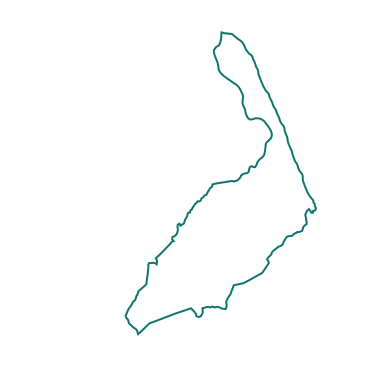 outline of Maraú, Bahia, Brazil, rotated 326°
{"feature_id": "56859067B48056481531186", "entity_name": "Maraú", "entity_type": "district", "adm_level": 2, "iso_a3": "BRA", "parent_name": "Brazil", "parent_adm1": "Bahia", "projection": "robinson", "projection_center": [-39.108, -14.083], "detail": "fine", "context": "isolated", "style": "outline", "palette": "teal", "viewbox_px": 384, "rotation_deg": 326, "n_neighbors": 0, "source": "geoboundaries", "source_scale": "gbopen_adm2", "svg_char_len": 4306}
<svg xmlns="http://www.w3.org/2000/svg" viewBox="0 0 384 384"><g transform="rotate(326 192 192)"><path d="M115.0,227.8L114.4,229.2L108.9,235.8L106.3,238.6L102.4,243.1L94.3,244.1L92.2,244.2L90.3,246.0L87.5,247.3L86.2,248.5L84.7,249.7L82.9,249.9L81.2,250.4L79.1,251.5L77.6,252.2L75.6,253.0L73.6,253.7L67.8,257.5L67.1,259.5L67.5,261.7L67.1,263.6L66.3,265.6L66.7,267.2L67.2,269.8L68.0,272.4L68.8,274.1L69.0,276.0L68.4,277.9L67.8,279.7L73.4,278.9L83.2,277.1L90.9,279.0L100.6,281.2L109.9,283.4L126.2,287.9L126.5,290.0L127.0,292.7L127.1,295.1L126.2,297.3L127.7,299.5L129.6,300.0L131.6,299.1L133.6,297.9L134.6,296.0L135.7,294.2L137.4,294.9L138.9,295.3L141.0,296.3L142.9,298.1L145.1,298.5L146.2,300.3L148.8,301.4L149.8,302.5L150.7,303.7L151.8,305.7L153.2,306.7L154.3,307.8L156.1,306.8L157.3,305.4L158.4,303.1L159.5,301.6L160.9,301.0L162.2,300.0L164.9,298.9L167.0,298.1L168.7,296.7L171.0,295.2L172.9,293.8L174.5,292.7L183.7,296.4L191.4,297.2L193.0,297.3L198.4,297.8L204.9,298.4L216.0,293.9L216.5,292.2L216.5,289.8L219.4,288.6L221.1,288.5L222.7,288.1L224.1,287.1L225.5,286.3L228.9,286.1L231.3,285.9L232.7,285.6L234.3,286.1L236.7,286.4L238.6,285.7L240.1,284.6L241.7,283.8L244.0,282.8L245.9,282.1L247.8,282.9L249.3,283.8L250.9,284.3L252.9,283.7L255.0,284.1L256.8,284.1L258.1,284.9L259.7,285.4L261.3,285.8L262.8,284.9L264.7,283.3L266.5,282.8L269.0,282.7L270.4,280.8L270.9,279.1L271.7,277.8L272.4,276.1L273.1,274.3L274.9,273.1L276.7,271.9L279.3,271.6L279.6,273.8L279.4,276.1L280.7,276.8L281.7,275.4L284.0,276.1L285.8,274.7L285.9,272.6L287.1,270.3L286.8,268.7L287.7,267.2L287.7,265.3L287.4,263.4L287.3,261.1L287.4,258.9L287.7,256.1L288.1,254.0L288.5,252.0L288.9,250.1L289.5,247.6L290.0,245.7L290.7,244.0L291.5,242.4L292.8,240.6L293.3,238.9L293.1,236.4L293.1,234.0L293.5,231.5L294.2,229.4L294.7,227.4L294.6,224.6L294.9,223.0L295.3,221.4L295.9,218.9L296.5,216.6L297.7,213.9L297.9,211.6L298.3,209.9L298.6,208.3L298.9,206.6L299.4,204.5L300.3,202.3L301.4,200.3L301.8,198.8L302.2,196.6L302.6,194.8L303.1,193.0L304.0,191.3L304.7,189.2L304.7,187.0L304.4,185.2L304.7,182.6L305.2,180.9L305.7,179.2L306.2,176.7L306.4,174.0L307.4,171.3L307.5,169.1L307.4,167.3L307.8,165.1L308.4,163.1L308.9,160.8L309.0,158.9L309.2,157.3L309.7,155.8L310.4,154.1L310.4,151.8L309.9,149.7L310.0,147.0L310.3,144.0L310.7,141.8L311.1,139.8L311.7,137.2L312.2,134.7L312.7,132.7L313.3,130.8L314.4,129.0L315.0,127.2L315.0,125.0L315.6,122.8L316.0,121.1L316.5,119.4L316.8,117.8L316.8,116.1L317.5,114.6L317.7,112.5L317.4,110.9L316.7,109.2L316.5,106.7L316.4,104.5L316.6,102.7L317.2,100.0L317.4,97.8L317.3,95.3L316.6,93.1L315.5,90.5L314.8,87.8L314.2,86.1L313.8,84.1L312.5,82.3L311.2,81.7L310.0,80.3L308.7,79.5L305.7,76.2L301.5,81.6L298.8,84.1L296.3,85.6L293.1,85.3L289.5,86.6L288.3,88.3L287.1,91.7L286.0,97.1L285.4,99.5L284.5,101.7L283.5,103.5L282.5,105.9L282.3,108.1L282.5,110.7L283.3,113.8L284.9,118.3L286.3,121.7L287.6,125.3L288.9,128.1L289.4,131.4L289.3,134.4L288.6,139.1L288.0,141.1L285.9,143.6L283.9,145.9L283.0,148.0L282.6,150.6L282.0,153.6L280.7,156.5L280.2,158.4L279.8,160.5L279.9,162.4L280.4,164.1L282.1,165.3L283.6,165.7L285.8,166.4L288.2,168.0L289.6,169.5L290.8,171.7L291.5,174.0L291.7,178.2L291.9,180.6L291.7,184.5L291.2,187.3L290.1,189.3L288.4,191.0L286.4,191.9L283.5,192.3L281.1,192.8L279.6,193.9L277.5,196.5L275.3,198.9L274.1,200.1L272.6,201.6L270.4,202.3L268.6,202.6L266.8,202.8L265.4,203.0L263.4,203.6L262.1,204.4L260.5,205.8L258.1,206.6L256.8,205.6L255.9,203.9L253.9,203.7L251.9,205.3L250.3,207.0L248.1,207.2L246.5,206.3L244.4,205.6L241.7,205.9L240.2,207.0L237.7,207.5L236.0,207.7L234.2,207.2L232.5,206.7L231.7,205.4L217.6,198.8L213.1,197.1L212.1,198.4L210.6,199.0L209.2,198.9L207.4,199.8L205.5,200.6L204.1,201.4L202.2,202.4L200.3,201.8L198.7,202.6L196.4,202.6L194.2,204.1L192.7,203.8L191.5,202.9L190.0,203.4L187.3,203.8L185.8,204.6L183.6,205.4L182.0,206.4L180.2,206.4L179.0,208.0L177.4,207.2L175.9,207.8L174.7,209.2L172.7,210.2L170.7,211.2L169.2,212.5L167.6,213.6L165.7,213.5L163.6,213.4L163.9,211.2L161.8,211.2L160.2,213.2L159.5,215.1L157.9,216.7L155.8,218.3L153.5,218.8L152.0,218.8L150.7,218.3L149.0,220.4L149.3,222.4L147.8,222.1L146.3,222.3L144.7,222.9L136.2,224.7L129.8,226.0L126.3,226.5L124.9,226.8L124.3,230.0L122.3,232.2L121.7,230.7L120.8,229.3L118.6,228.2L116.6,226.9L115.0,227.8Z" fill="none" stroke="#0f766e" stroke-width="2"/></g></svg>